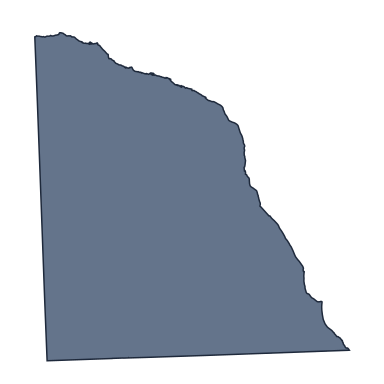 outline of Franklin Harbour, South Australia, Australia, rotated 268°
{"feature_id": "25037944B7803908509786", "entity_name": "Franklin Harbour", "entity_type": "district", "adm_level": 2, "iso_a3": "AUS", "parent_name": "Australia", "parent_adm1": "South Australia", "projection": "mercator", "projection_center": [137.156, -33.602], "detail": "fine", "context": "isolated", "style": "filled", "palette": "slate", "viewbox_px": 384, "rotation_deg": 268, "n_neighbors": 0, "source": "geoboundaries", "source_scale": "gbopen_adm2", "svg_char_len": 5887}
<svg xmlns="http://www.w3.org/2000/svg" viewBox="0 0 384 384"><g transform="rotate(268 192 192)"><path d="M28.4,343.7L29.7,342.9L30.4,342.3L30.7,341.7L30.6,341.0L30.7,340.6L31.7,339.7L33.0,339.2L34.8,337.9L35.8,337.9L36.5,337.4L38.1,337.1L38.4,336.9L38.4,336.5L39.1,336.3L40.1,335.4L40.7,335.1L41.1,334.6L41.8,333.5L42.3,333.0L42.5,332.2L42.4,331.8L42.5,331.6L44.2,330.5L45.4,329.4L46.1,329.2L46.3,328.9L46.6,328.8L46.8,328.4L47.8,327.7L48.9,326.7L51.6,323.3L52.5,322.4L55.7,320.3L60.1,318.7L64.8,318.0L69.5,317.6L72.7,317.6L75.0,317.8L77.1,318.1L77.7,318.1L78.0,317.7L78.2,317.0L77.9,316.4L77.8,314.2L78.2,313.1L81.1,309.8L81.9,308.3L82.9,307.3L85.5,305.6L86.0,305.0L86.5,303.5L87.1,303.0L87.6,302.7L91.9,301.6L93.8,301.6L95.6,301.1L99.1,300.7L101.9,300.9L104.0,300.8L106.9,301.1L108.4,301.4L108.6,301.3L108.6,300.9L108.6,300.7L109.5,300.4L110.9,300.4L111.9,300.7L113.8,300.1L119.0,296.7L120.8,295.2L123.5,293.3L125.6,292.4L129.7,290.9L133.7,289.2L135.7,287.9L136.9,287.4L139.5,285.9L141.0,284.9L142.3,283.8L144.3,283.1L147.1,281.7L149.4,280.4L152.8,278.2L155.7,277.1L156.9,276.3L160.6,273.1L161.9,271.7L163.2,270.5L165.3,269.1L165.4,268.8L165.4,268.1L174.7,260.3L175.3,259.5L176.1,259.5L177.0,259.8L178.1,259.8L178.9,259.7L179.8,259.3L183.0,258.5L184.4,258.3L185.2,258.0L186.2,258.0L187.8,257.3L188.3,257.4L190.8,256.7L191.3,256.3L193.1,254.0L193.6,253.5L194.0,252.8L195.0,251.3L196.2,250.3L198.3,249.8L201.9,249.7L202.8,249.7L204.0,249.4L205.4,248.1L206.2,247.6L207.3,247.2L207.6,246.8L207.8,246.1L208.4,246.1L209.4,246.2L211.0,246.0L211.2,245.9L211.4,245.7L211.1,245.3L211.1,245.2L214.6,244.9L215.0,245.0L215.3,245.5L217.1,245.9L221.6,246.6L224.9,245.9L225.2,246.0L226.0,245.9L226.8,245.5L227.6,245.5L229.8,245.5L231.7,246.0L232.7,245.9L233.2,245.6L234.0,245.7L235.0,245.8L235.6,246.2L236.1,246.3L237.1,246.1L238.1,245.6L238.5,245.3L238.9,245.2L240.0,245.0L241.0,245.1L242.3,244.7L243.5,244.6L245.5,244.1L246.7,243.7L249.3,242.4L250.6,242.0L254.9,240.8L256.3,240.5L257.3,239.9L258.2,239.0L259.2,237.6L259.9,236.2L260.3,234.9L261.4,232.7L261.9,231.8L262.6,231.1L265.7,229.8L267.4,228.8L268.5,227.9L269.7,227.4L271.5,226.9L272.9,226.2L275.1,225.8L276.3,225.0L277.4,223.9L278.1,222.9L279.4,220.4L279.9,219.8L281.3,217.4L281.7,216.1L281.5,215.3L282.7,212.7L282.7,212.1L283.1,211.3L284.5,209.6L285.5,208.7L285.7,208.8L285.6,209.1L285.9,209.2L286.3,208.9L286.9,207.5L287.5,206.5L287.7,205.6L288.3,205.2L289.1,204.2L289.9,202.6L290.7,201.8L291.0,201.0L292.2,199.5L292.8,198.1L293.4,197.5L293.4,197.1L293.3,196.3L293.4,195.6L293.9,195.4L294.6,195.5L294.8,195.4L295.8,191.2L296.2,190.8L296.3,190.4L296.4,190.1L296.1,189.6L296.0,189.3L296.3,189.0L296.6,188.4L297.2,188.1L298.0,186.6L297.9,186.4L297.7,186.2L297.7,185.8L297.6,185.5L298.3,185.5L298.7,184.8L298.6,184.6L297.5,184.9L297.3,184.9L297.7,184.0L298.1,183.8L298.4,183.3L299.1,182.6L299.2,182.0L299.7,180.8L299.7,180.4L299.4,180.7L299.0,181.4L298.9,181.4L299.4,180.3L300.0,178.6L301.2,177.5L301.5,177.1L302.2,176.5L302.9,175.5L304.4,174.3L305.1,174.0L305.1,174.6L305.4,174.6L305.9,173.7L305.4,173.6L305.4,173.4L305.7,173.2L306.1,172.8L306.9,171.6L307.1,171.1L306.8,170.7L307.2,170.4L307.3,170.0L306.7,169.4L306.7,169.1L306.8,168.7L307.3,168.1L307.8,166.1L308.3,165.3L308.4,164.7L308.4,164.4L308.7,163.9L309.0,163.3L309.3,161.2L309.7,160.3L310.2,159.5L310.3,158.9L310.0,158.4L310.0,158.0L310.3,157.3L310.4,156.9L310.2,156.8L310.0,157.2L310.1,156.8L310.7,155.8L310.8,156.1L310.6,156.8L310.6,157.6L311.2,157.5L311.5,157.9L312.1,157.2L311.9,156.4L312.0,156.3L312.3,156.0L312.4,154.8L312.3,154.6L312.1,154.7L311.7,153.7L311.1,152.8L311.5,152.0L311.7,151.2L312.0,150.7L311.9,150.2L311.6,150.7L311.6,150.2L311.8,149.0L312.8,146.5L312.7,145.6L312.9,145.5L313.1,145.6L313.2,145.2L313.4,145.0L313.4,144.5L313.6,144.2L313.4,143.9L313.4,143.6L313.7,143.1L314.1,142.6L314.2,142.2L314.0,141.7L314.3,140.8L314.4,140.0L314.7,139.0L315.7,137.8L316.5,137.2L318.4,136.4L318.9,136.0L318.9,135.8L318.7,134.7L318.6,133.9L318.3,133.5L318.2,133.8L317.9,133.0L318.3,131.6L318.7,130.9L319.0,130.5L319.1,130.2L318.8,130.1L318.5,130.2L318.3,130.1L318.6,129.7L319.0,128.9L319.6,128.6L320.1,128.0L320.2,127.4L320.6,126.4L320.9,126.2L321.1,125.9L321.1,125.6L321.4,125.2L321.6,123.4L321.9,122.9L322.5,122.3L322.6,121.8L322.9,121.3L323.3,120.3L325.0,118.9L325.1,118.7L325.8,118.6L326.6,116.9L327.5,116.2L328.0,115.6L328.1,115.3L328.0,114.8L328.3,114.2L328.1,113.9L328.2,113.6L329.5,113.2L332.4,113.0L332.7,112.4L333.3,111.6L333.8,111.3L334.2,110.9L335.5,109.9L337.8,107.6L339.3,106.5L340.0,105.9L341.4,105.0L341.5,104.8L341.7,104.6L341.8,104.2L342.0,104.1L342.1,103.7L342.5,103.0L343.2,102.7L343.4,103.0L343.6,103.0L344.3,102.5L344.3,102.2L343.9,101.5L343.7,100.6L343.7,99.6L343.4,99.0L343.6,97.6L343.4,96.8L343.6,96.2L343.9,95.6L344.1,95.6L344.5,95.4L344.6,95.1L344.6,95.7L344.7,95.9L345.0,95.9L345.0,96.0L345.4,95.4L345.0,95.1L344.7,94.5L344.3,94.4L344.1,94.2L343.8,94.7L343.8,95.1L343.7,95.3L343.3,95.3L343.1,94.7L343.2,94.4L343.8,94.2L343.9,93.9L344.1,92.8L344.0,92.2L344.5,90.9L344.3,90.7L344.4,90.1L344.4,89.1L344.9,88.3L345.1,87.9L345.0,87.6L345.4,87.3L345.6,87.3L345.6,87.6L345.8,87.4L346.1,87.0L346.0,86.6L346.7,84.8L347.2,83.9L347.9,83.2L348.9,81.8L350.3,80.5L350.9,79.8L351.2,78.3L351.1,77.5L351.5,76.9L352.2,76.3L352.4,75.7L352.3,75.1L352.4,74.2L352.3,72.5L352.6,71.7L353.6,70.8L354.0,70.0L355.1,68.7L355.7,66.6L355.8,65.5L355.6,65.1L354.8,64.6L354.2,64.4L353.9,63.8L353.7,63.1L353.7,62.6L353.5,62.1L353.5,61.0L352.9,59.4L352.8,58.3L352.8,57.5L352.9,57.1L353.4,56.2L352.9,55.5L352.7,54.5L352.8,52.4L351.9,50.4L352.1,49.8L352.5,49.2L352.3,48.5L352.3,47.6L352.6,46.8L352.7,45.8L353.1,44.8L353.2,42.9L353.5,42.0L352.8,41.4L352.5,40.3L287.5,40.6L208.8,40.8L92.4,41.0L28.4,41.3L28.4,106.6L28.5,106.7L28.5,106.8L28.5,117.3L28.4,117.8L28.4,123.2L28.5,123.2L28.4,123.4L28.3,139.8L28.2,199.5L28.4,343.7Z" fill="#64748b" stroke="#1e293b" stroke-width="1.5"/></g></svg>